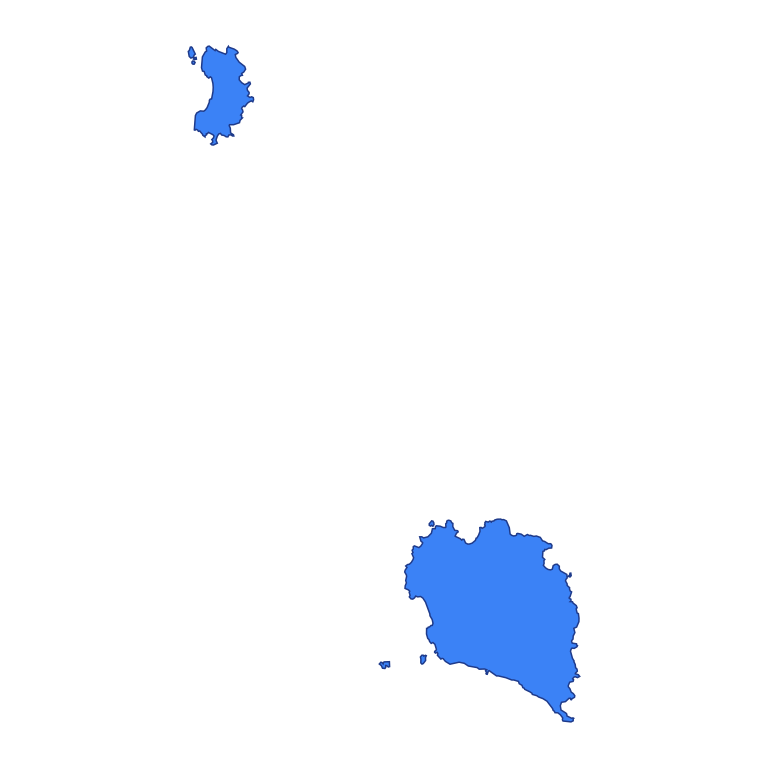 Ko Pha-Ngan, Surat Thani, Thailand
{"feature_id": "78962969B87501565170923", "entity_name": "Ko Pha-Ngan", "entity_type": "district", "adm_level": 2, "iso_a3": "THA", "parent_name": "Thailand", "parent_adm1": "Surat Thani", "projection": "albers", "projection_center": [99.987, 9.896], "detail": "fine", "context": "isolated", "style": "filled", "palette": "blue", "viewbox_px": 768, "rotation_deg": 0, "n_neighbors": 0, "source": "geoboundaries", "source_scale": "gbopen_adm2", "svg_char_len": 6056}
<svg xmlns="http://www.w3.org/2000/svg" viewBox="0 0 768 768"><path d="M500.7,519.1L497.2,519.2L494.7,520.0L493.9,520.9L491.8,521.3L491.3,522.1L489.9,521.0L488.2,522.1L485.7,521.4L484.8,522.9L485.1,523.8L484.6,524.9L485.2,525.8L484.7,526.8L482.2,528.3L481.0,527.4L479.8,527.6L480.0,531.4L478.5,535.3L476.9,538.0L476.1,538.2L475.4,540.4L472.2,543.1L469.5,544.0L467.8,544.1L465.6,543.0L464.0,539.4L462.7,539.2L461.8,540.1L460.1,538.6L455.4,536.4L455.1,536.1L456.6,533.0L457.9,532.3L458.1,531.4L457.5,530.7L454.7,530.3L452.8,526.6L452.9,523.4L451.7,522.7L450.8,520.9L448.8,520.2L447.2,520.6L446.7,521.6L446.7,522.8L445.7,523.8L445.9,527.0L445.6,527.5L443.2,527.5L440.2,526.2L436.3,525.8L435.5,526.6L435.3,528.6L432.4,528.8L431.4,533.2L427.9,536.8L423.6,537.9L421.8,536.8L419.7,536.8L420.9,541.1L422.6,542.6L422.5,543.5L420.8,546.1L418.9,547.6L414.4,545.9L413.3,546.6L413.2,549.1L412.1,550.2L413.0,552.6L411.9,553.7L413.6,557.6L413.1,559.4L411.4,562.3L409.4,564.2L407.5,564.6L405.7,566.0L407.0,567.4L405.2,570.1L404.7,572.0L406.4,575.0L406.6,576.5L405.7,580.5L406.4,582.9L405.2,585.8L405.0,588.4L408.4,589.9L409.7,591.2L409.2,592.3L410.1,595.4L409.3,596.9L411.0,598.9L412.8,599.1L414.5,597.9L415.7,596.1L417.7,596.9L420.6,596.5L422.9,598.1L425.5,602.1L429.8,613.8L430.0,615.8L432.2,619.6L433.0,623.3L432.3,625.4L431.0,625.5L429.6,626.9L428.2,627.2L427.5,628.4L426.6,628.4L426.5,634.0L427.7,638.3L429.0,639.7L429.6,641.5L431.2,643.4L432.9,642.5L434.9,644.3L436.4,649.3L435.9,650.6L434.7,651.3L434.6,652.3L435.5,653.1L437.3,652.4L437.9,653.7L437.4,655.3L440.9,659.1L442.0,658.4L443.2,658.7L445.4,661.4L450.0,664.2L459.1,662.2L464.3,663.3L468.3,666.0L477.2,667.6L479.2,669.2L484.5,669.0L486.6,669.7L485.5,670.8L486.5,672.3L486.0,673.7L486.5,674.2L487.2,674.3L488.4,671.0L489.2,670.7L496.5,675.9L498.3,675.9L505.9,677.7L511.8,680.0L513.8,680.0L518.5,681.4L519.2,683.7L522.0,685.3L522.8,687.6L524.2,688.2L524.8,689.4L530.2,692.0L532.0,693.3L532.3,694.4L536.8,695.7L538.6,697.0L542.9,698.6L547.0,701.2L552.6,708.6L553.1,710.3L554.4,711.3L555.0,712.7L557.8,712.8L560.3,714.7L562.7,717.9L562.4,719.8L563.0,721.0L571.0,721.9L573.2,720.8L573.2,718.8L573.7,718.3L573.0,717.9L571.5,718.2L567.0,716.0L566.7,714.0L565.8,713.0L561.0,710.0L560.3,705.7L561.5,702.3L565.5,701.6L569.0,698.3L570.4,698.3L570.8,699.6L571.5,699.7L571.9,698.8L574.5,697.3L574.8,695.7L573.3,693.6L571.2,692.1L569.9,688.7L568.3,686.8L568.3,685.4L569.7,682.2L573.1,681.4L573.6,679.8L572.6,678.8L573.9,677.2L575.1,676.7L577.5,677.6L579.7,676.4L578.3,674.7L575.3,673.8L575.5,673.0L577.3,671.3L577.2,670.0L576.7,668.6L575.6,667.8L575.2,664.4L573.9,661.7L574.1,661.0L572.5,658.4L570.5,651.3L571.0,649.4L572.0,648.1L574.2,648.4L576.8,646.9L577.5,645.7L576.8,645.2L576.5,643.8L572.2,643.1L571.6,641.4L571.7,640.6L573.0,639.1L573.2,636.0L574.9,632.6L573.8,628.3L576.6,627.1L578.9,621.7L579.0,618.1L578.4,613.6L577.1,613.0L576.3,609.6L576.3,608.3L577.1,607.8L576.3,605.6L573.1,603.1L572.5,601.8L570.3,601.6L571.0,601.0L570.9,599.2L569.3,598.4L569.3,597.3L570.0,596.8L571.6,591.9L570.2,591.0L569.5,589.0L569.6,587.7L567.2,585.5L567.1,583.8L565.5,580.9L566.0,579.3L567.2,577.9L566.8,574.4L560.7,571.0L559.3,568.8L559.3,566.2L557.2,564.2L555.2,564.4L553.2,565.6L552.3,569.2L550.5,569.9L547.9,569.4L545.5,567.8L543.4,565.4L544.1,563.4L543.9,560.6L544.8,559.5L542.5,557.3L542.9,551.4L544.4,550.9L544.7,549.5L546.2,549.6L548.7,548.2L551.6,548.0L552.0,545.6L551.3,544.2L550.4,543.7L548.2,543.7L544.7,541.5L542.5,540.8L540.3,537.4L536.4,536.0L533.8,536.4L530.5,535.3L529.2,535.5L527.4,534.5L524.2,536.3L521.3,534.2L517.7,533.4L516.8,533.7L516.5,535.1L515.4,535.7L513.7,536.0L511.6,535.3L510.1,534.0L509.3,527.7L506.4,520.9L503.7,519.6L501.9,519.7L500.7,519.1ZM215.1,50.6L209.2,46.1L207.8,46.4L206.2,47.9L206.6,51.1L205.2,52.0L202.4,56.9L201.5,67.7L202.5,71.1L204.2,71.5L205.2,74.9L206.8,75.9L206.8,76.6L208.8,78.1L210.4,76.8L211.5,77.7L212.9,83.4L213.2,87.3L213.0,91.5L211.6,98.9L210.2,99.1L209.4,100.2L209.3,102.2L207.1,107.6L205.3,110.0L203.7,111.2L200.3,110.9L196.7,113.0L195.4,115.6L194.3,129.9L195.0,130.2L196.0,129.3L197.6,130.0L198.4,131.3L199.7,131.0L202.6,134.4L202.8,135.3L205.0,136.9L205.1,135.8L206.6,134.7L206.4,133.8L207.6,133.5L208.4,132.4L212.9,134.7L214.0,136.0L213.5,137.8L211.8,139.6L212.6,140.7L212.7,142.3L210.7,143.9L211.9,144.9L213.5,145.0L217.3,143.2L216.1,140.5L216.2,139.4L217.4,136.0L218.8,133.9L220.5,133.4L221.6,135.0L224.2,135.5L226.1,136.8L227.9,136.9L229.0,134.9L231.0,134.9L232.5,136.0L233.8,136.0L233.5,134.8L230.6,132.9L230.3,128.1L229.2,125.7L229.5,124.7L233.6,124.7L239.5,122.7L240.1,120.3L242.4,117.9L241.7,117.7L241.6,115.4L240.7,115.0L243.0,111.9L242.5,109.8L241.6,108.7L242.1,107.3L243.8,106.0L244.8,106.6L247.5,103.1L249.6,101.7L251.3,100.9L252.8,101.8L253.6,99.8L253.3,97.6L251.7,96.8L249.8,97.4L247.5,95.9L249.1,93.8L249.1,92.4L247.4,90.3L247.1,88.1L250.4,83.9L249.9,82.2L248.4,82.3L248.3,83.0L244.7,84.6L241.7,82.7L239.2,79.8L239.3,76.8L240.8,75.6L242.4,75.3L241.6,73.5L243.8,72.0L245.6,69.2L244.7,66.5L239.2,62.2L235.8,57.4L235.3,54.5L237.6,53.4L238.1,52.5L237.0,50.9L234.2,49.1L228.8,47.2L228.4,46.3L226.8,48.7L226.8,52.6L225.6,54.2L218.4,51.4L215.8,49.4L215.1,50.6ZM389.4,661.7L384.2,661.9L383.5,662.4L383.1,663.9L381.9,662.5L380.9,662.2L379.3,664.0L381.3,665.6L382.5,668.2L384.9,668.5L385.7,667.5L385.7,665.5L386.6,665.6L388.3,667.0L389.6,666.6L389.4,661.7ZM195.3,54.1L192.1,47.5L191.2,46.9L190.3,47.2L189.3,50.5L188.3,51.4L189.2,56.4L190.9,58.1L193.6,57.1L194.1,55.1L195.3,54.1ZM423.8,656.1L423.2,655.2L421.9,655.2L420.4,657.0L420.9,659.1L420.8,662.9L422.0,664.1L423.3,663.5L425.6,660.5L425.5,657.6L426.3,655.7L425.4,655.3L423.8,656.1ZM433.1,521.9L433.1,521.3L431.7,520.8L429.2,523.8L429.3,525.4L430.7,526.1L431.7,525.3L432.9,526.3L434.0,524.6L433.7,522.4L433.1,521.9ZM192.7,61.0L191.9,62.0L192.1,63.5L193.0,64.2L194.3,64.1L195.1,62.4L193.9,61.2L192.7,61.0ZM570.0,577.0L571.2,575.7L570.8,573.1L570.0,573.2L569.5,575.3L568.1,576.3L570.0,577.0ZM196.4,59.2L196.1,57.4L194.3,57.9L193.5,59.1L194.3,59.6L196.4,59.2Z" fill="#3b82f6" stroke="#1e3a8a" stroke-width="1.5"/></svg>